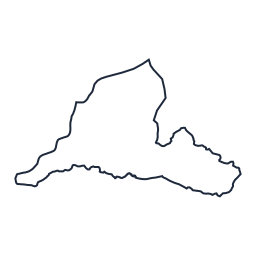 Pak Xeng, Louangphrabang, Laos (Albers equal-area conic projection)
{"feature_id": "54806243B94581920301315", "entity_name": "Pak Xeng", "entity_type": "district", "adm_level": 2, "iso_a3": "LAO", "parent_name": "Laos", "parent_adm1": "Louangphrabang", "projection": "albers", "projection_center": [102.685, 20.214], "detail": "fine", "context": "isolated", "style": "outline", "palette": "slate", "viewbox_px": 256, "rotation_deg": 0, "n_neighbors": 0, "source": "geoboundaries", "source_scale": "gbopen_adm2", "svg_char_len": 5006}
<svg xmlns="http://www.w3.org/2000/svg" viewBox="0 0 256 256"><path d="M76.3,102.2L75.7,105.0L75.6,105.8L75.3,106.7L75.1,107.7L74.7,109.2L74.2,111.0L73.8,111.7L73.3,113.3L72.8,114.2L72.2,115.3L71.9,115.8L71.5,117.0L71.3,118.7L70.9,120.4L70.5,122.0L70.4,123.2L70.3,124.9L70.4,128.6L70.4,129.5L70.3,130.7L70.2,131.3L70.2,131.6L69.9,132.9L69.4,134.0L68.9,134.9L68.2,135.7L67.5,136.3L65.9,136.8L64.7,137.2L63.3,137.6L62.1,138.1L60.7,138.5L58.8,139.3L58.1,139.9L57.6,140.5L56.7,143.1L56.4,144.5L56.1,146.1L55.8,147.7L55.2,149.1L54.6,150.1L53.8,150.8L52.3,151.5L50.8,152.2L48.8,152.8L45.6,154.0L44.3,154.4L42.6,155.0L41.6,155.6L40.4,156.4L39.8,157.0L38.8,158.6L38.0,161.2L37.3,163.8L35.2,166.2L33.7,167.8L32.8,168.8L31.7,169.6L30.0,170.7L28.5,171.5L25.5,172.4L23.5,172.7L21.5,173.1L19.4,173.7L18.0,173.9L17.0,174.3L15.7,177.5L15.4,178.3L15.8,181.1L16.2,182.6L16.8,183.6L17.7,184.0L19.3,184.1L21.6,184.3L23.7,184.4L25.9,184.7L27.9,185.0L29.9,185.1L31.5,185.2L31.8,185.3L32.6,185.7L33.4,185.9L33.9,186.1L34.5,186.3L34.9,186.3L35.3,186.2L36.3,185.8L37.1,185.1L37.4,183.6L38.0,182.3L39.4,181.5L41.2,180.8L42.9,179.9L44.1,179.1L45.5,178.0L46.6,177.3L47.2,176.3L48.2,175.6L48.9,174.7L49.0,173.9L53.0,171.7L53.7,171.7L55.1,171.4L56.4,170.9L57.8,170.6L59.2,171.4L60.5,171.3L62.3,171.4L63.1,171.3L65.1,169.9L67.6,170.4L68.9,170.3L69.9,169.8L71.3,168.5L71.9,167.7L72.4,165.9L73.2,165.0L75.0,165.1L75.8,165.4L77.5,166.3L78.7,166.4L80.4,166.3L81.7,165.8L84.1,165.6L84.8,166.4L85.7,167.7L86.4,168.4L87.8,169.4L89.5,169.4L90.0,168.3L91.1,167.2L92.3,166.8L93.3,166.4L94.5,167.0L96.1,167.0L97.2,167.0L98.6,167.0L99.6,168.1L99.9,169.6L100.0,171.1L99.8,171.7L100.4,172.1L101.9,172.4L103.5,172.6L104.3,171.7L106.3,173.2L108.0,173.7L109.8,174.1L111.7,174.3L112.7,175.9L114.0,177.0L115.1,177.3L115.1,178.1L115.6,178.1L115.8,177.6L116.1,177.4L116.3,177.1L116.4,176.9L116.6,176.7L116.8,176.6L117.1,176.6L117.4,176.7L117.8,176.8L118.1,176.9L118.4,176.9L118.8,176.9L119.3,177.2L119.5,177.2L119.5,177.3L119.9,177.4L120.4,177.7L120.9,177.9L121.2,177.9L121.7,178.0L121.9,178.0L122.0,177.9L122.3,177.7L122.5,177.7L122.8,177.7L123.0,177.6L123.5,177.3L123.9,177.1L124.0,177.0L124.3,176.9L124.5,176.9L124.8,176.7L125.0,176.6L125.0,176.4L125.3,176.2L125.6,176.0L125.7,175.9L125.9,175.7L126.0,175.6L126.4,175.4L126.5,175.3L126.5,175.2L126.4,175.1L126.5,175.0L126.6,174.9L126.9,174.6L127.1,174.5L127.1,174.4L127.3,174.1L127.5,173.9L127.8,174.0L127.9,173.9L128.1,173.7L128.4,173.5L128.6,173.4L128.8,173.3L129.2,173.3L129.3,173.2L129.5,173.3L129.8,173.6L130.0,173.6L130.1,173.9L130.2,174.0L130.4,174.0L130.5,174.0L130.8,174.1L131.0,174.1L131.1,174.3L131.3,174.4L131.2,174.6L131.3,174.8L131.3,175.1L131.5,175.3L131.9,175.4L131.9,175.5L132.0,175.5L132.3,175.8L132.5,176.0L132.9,176.2L133.1,176.3L133.3,176.3L133.3,176.2L133.5,176.0L133.8,176.1L133.9,175.9L134.0,176.0L134.2,175.9L134.2,175.7L134.3,175.7L134.5,175.5L134.8,175.5L135.0,175.7L135.2,175.9L135.3,176.1L135.5,176.3L135.6,176.5L135.8,176.7L135.9,177.0L135.6,177.5L136.0,177.8L139.4,178.6L141.3,178.9L143.2,179.1L145.3,179.2L147.1,179.0L148.9,178.6L150.3,178.3L151.7,178.0L155.2,177.6L156.3,177.4L157.4,177.2L160.0,176.6L160.6,176.5L161.5,176.3L162.1,176.1L162.2,176.3L162.9,177.1L164.2,177.8L166.1,178.6L167.7,179.6L169.1,180.4L170.6,181.1L173.7,182.5L175.9,183.3L177.2,183.7L178.9,184.2L184.5,187.2L186.7,188.5L187.8,187.4L189.6,187.4L190.6,188.1L191.8,189.0L192.7,190.2L196.1,190.7L198.9,191.0L200.8,191.4L203.2,193.3L206.0,193.7L208.2,193.5L210.9,194.0L212.4,194.9L214.9,193.7L216.5,193.4L217.6,195.4L219.9,196.3L221.2,194.9L223.0,193.3L225.6,193.1L228.8,192.2L231.1,190.1L232.0,188.0L233.0,186.4L232.9,184.0L233.8,181.9L235.1,179.8L237.4,177.6L240.6,174.1L240.2,172.5L239.3,169.9L239.2,168.4L238.3,167.7L236.8,167.7L233.1,165.6L233.5,163.5L232.9,161.7L230.7,161.8L229.5,162.6L227.9,163.5L226.2,163.4L224.0,162.9L221.7,162.0L219.4,161.0L219.2,160.1L220.2,158.9L220.6,157.8L220.2,156.0L219.4,155.0L216.2,154.2L212.7,153.3L209.1,148.9L207.9,149.5L206.7,149.5L206.1,149.3L205.9,147.6L205.0,147.0L204.0,146.6L202.5,145.4L201.5,145.4L200.1,145.7L198.5,145.8L197.6,145.8L196.8,145.5L195.7,145.3L194.5,144.6L193.9,144.0L194.1,142.3L194.3,141.2L193.5,139.9L193.5,138.5L193.0,137.8L192.7,136.5L191.5,134.9L188.8,132.7L187.0,131.1L186.1,130.1L185.5,129.0L185.0,127.9L183.9,127.7L182.7,128.0L181.1,128.2L179.8,130.0L178.2,130.8L176.0,132.0L174.7,133.0L173.6,133.7L173.5,135.2L172.6,137.4L170.8,138.6L171.4,141.0L170.7,141.7L169.9,143.2L166.8,144.4L164.3,146.0L162.3,146.1L160.4,145.1L158.6,143.5L156.3,143.2L155.9,142.5L156.3,141.6L157.1,140.1L157.7,137.2L157.6,133.5L158.1,129.9L157.9,127.3L157.5,125.6L157.4,123.8L156.6,122.7L155.3,121.7L153.8,120.3L157.0,110.5L164.6,99.5L165.6,98.0L164.5,89.1L162.2,79.1L158.8,75.4L153.4,69.5L150.6,65.6L148.8,59.7L142.6,63.9L133.7,68.8L122.1,72.6L106.3,76.8L101.2,78.5L97.6,80.6L94.5,84.2L92.4,91.5L89.7,95.0L89.2,95.4L87.2,99.2L85.3,101.2L83.9,102.1L83.2,102.3L81.8,102.5L80.5,102.4L77.8,102.4L76.3,102.2Z" fill="none" stroke="#1e293b" stroke-width="2"/></svg>